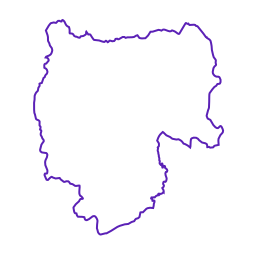 Tien Phuoc, Quàng Nam, Vietnam, rotated 183°
{"feature_id": "81297802B51785257245499", "entity_name": "Tien Phuoc", "entity_type": "district", "adm_level": 2, "iso_a3": "VNM", "parent_name": "Vietnam", "parent_adm1": "Quàng Nam", "projection": "equal_earth", "projection_center": [108.26, 15.491], "detail": "fine", "context": "isolated", "style": "outline", "palette": "violet", "viewbox_px": 256, "rotation_deg": 183, "n_neighbors": 0, "source": "geoboundaries", "source_scale": "gbopen_adm2", "svg_char_len": 5758}
<svg xmlns="http://www.w3.org/2000/svg" viewBox="0 0 256 256"><g transform="rotate(183 128 128)"><path d="M215.1,221.1L213.2,216.5L212.7,214.6L212.5,211.5L212.3,210.6L211.0,208.4L210.3,206.3L208.3,203.8L207.8,202.2L207.7,201.3L208.1,199.5L208.5,198.4L209.1,197.4L210.5,196.3L213.5,194.9L213.9,194.1L212.7,194.0L211.7,193.4L211.0,192.4L210.8,191.8L210.8,191.1L213.0,188.1L214.1,187.8L214.6,187.4L214.9,186.5L214.7,183.8L212.8,182.8L212.0,181.8L211.4,180.1L211.5,179.1L211.9,177.9L212.9,176.9L213.6,175.5L213.8,174.5L215.0,173.5L215.1,173.2L216.2,169.3L216.5,168.4L218.1,168.0L218.7,167.6L218.5,165.9L218.5,165.4L219.6,163.5L219.9,161.0L220.1,160.3L221.5,158.7L222.1,157.6L222.8,155.7L222.9,155.0L222.8,151.5L223.1,148.3L222.7,141.2L222.3,138.2L221.6,136.6L220.4,132.4L219.7,131.7L217.7,131.0L216.8,130.2L216.6,129.7L216.5,126.2L216.4,125.8L215.5,124.8L215.4,124.3L215.4,123.2L215.8,122.1L215.7,121.9L215.5,121.6L214.6,121.1L214.4,120.4L214.9,117.7L214.8,116.6L214.4,115.8L213.8,115.1L212.9,113.0L211.9,112.0L211.5,111.1L211.5,110.2L213.0,107.9L213.6,106.8L214.6,101.9L214.5,100.8L214.0,99.9L212.7,99.1L208.3,98.7L207.6,98.1L207.1,96.9L207.5,94.4L208.7,91.5L209.0,89.6L208.6,86.6L206.3,81.6L206.2,79.9L206.4,78.7L206.7,78.3L208.5,78.1L208.7,77.8L208.9,77.0L208.8,76.4L207.4,73.5L206.6,72.1L206.3,72.0L205.3,71.9L205.0,72.2L203.4,74.0L202.0,75.2L201.5,75.2L200.1,74.5L197.6,73.8L193.7,74.5L193.5,74.4L192.7,73.3L192.2,72.9L189.3,70.9L188.4,70.9L186.7,71.6L184.8,71.6L184.0,71.0L182.8,69.4L180.4,69.0L177.9,67.5L176.9,67.4L173.8,68.0L173.4,67.9L173.2,66.6L173.3,62.4L173.2,60.3L172.9,59.2L172.3,58.0L171.0,57.2L170.4,56.6L169.6,55.7L169.4,55.2L169.6,54.9L171.7,54.6L172.2,54.1L173.1,52.2L176.2,49.1L178.2,46.0L178.3,45.6L178.2,45.1L177.5,42.1L177.0,40.8L176.5,40.2L175.0,40.0L174.4,38.1L173.5,36.9L173.0,36.8L169.3,36.9L167.1,36.7L166.9,36.6L166.4,35.0L166.0,34.3L165.0,33.8L164.1,33.9L162.0,35.1L158.7,37.9L157.3,38.3L156.2,38.0L155.7,37.6L154.5,36.0L153.7,34.3L153.6,33.2L153.8,30.1L153.8,26.3L153.7,25.9L153.3,25.0L152.5,22.4L151.6,21.1L150.4,20.3L149.7,20.2L145.2,21.6L143.9,21.7L139.5,24.4L133.4,28.7L131.0,29.9L126.3,31.6L122.7,32.2L119.5,34.3L116.9,35.3L116.1,36.8L115.6,37.4L115.1,37.8L113.3,38.4L111.9,39.7L111.2,44.3L110.7,44.5L108.7,44.6L105.5,48.2L104.4,48.9L101.9,49.5L98.7,49.4L98.3,51.6L98.2,53.8L97.7,55.4L97.7,56.5L97.9,56.8L98.2,56.9L99.4,56.5L99.8,56.6L99.9,57.8L100.2,58.3L101.2,58.8L101.1,59.5L100.9,59.9L100.4,60.0L99.3,59.9L98.6,60.2L97.7,60.1L96.5,61.5L95.3,62.2L94.6,62.3L94.4,63.5L93.9,64.0L93.3,64.0L93.0,63.2L92.3,63.9L91.2,64.1L90.2,64.7L89.4,65.8L89.0,65.5L89.0,66.4L89.3,67.8L90.5,69.6L90.6,69.9L89.9,70.5L89.4,71.2L89.1,72.1L89.2,72.7L89.9,73.7L90.0,74.1L90.0,74.9L89.6,76.1L88.9,76.4L88.1,76.2L87.8,76.2L87.5,76.5L87.1,77.2L86.8,78.7L86.8,79.9L88.0,82.9L88.3,84.8L87.9,86.0L87.0,86.2L86.7,86.7L86.5,87.6L87.0,88.7L88.9,90.2L89.0,91.5L89.4,92.0L90.2,92.0L90.7,91.3L91.2,90.3L91.5,90.3L91.9,91.3L91.6,93.2L91.7,93.8L92.1,94.3L92.4,94.2L93.1,92.8L93.3,92.8L94.5,94.1L94.6,95.1L94.5,96.6L95.1,97.5L95.1,99.2L95.8,101.5L95.8,102.3L96.4,104.2L96.5,105.3L97.0,106.4L97.2,107.3L97.1,108.1L96.9,108.9L97.0,109.4L97.3,110.0L97.1,110.5L96.6,110.9L96.3,111.4L96.2,112.6L96.3,114.0L96.6,114.7L98.2,116.9L97.3,119.8L96.5,121.6L95.5,123.2L93.1,125.8L92.5,125.5L89.3,122.7L85.5,121.2L83.2,119.6L79.1,119.0L77.0,119.4L75.8,118.9L74.0,117.9L72.9,116.8L71.7,115.3L70.4,115.0L68.6,114.2L67.1,113.4L64.9,111.8L64.7,112.8L64.7,118.2L64.5,120.1L64.3,120.5L63.8,121.0L61.9,121.8L59.4,121.8L57.6,120.9L56.3,119.5L53.3,117.4L50.0,116.8L48.6,116.1L48.4,115.8L48.1,115.0L47.8,113.0L47.7,113.0L46.5,113.3L46.1,113.4L44.9,112.7L42.1,113.1L41.8,113.3L40.9,114.6L40.3,114.9L36.6,115.9L37.1,120.1L37.0,122.0L35.4,125.7L33.6,127.9L33.1,128.7L32.9,130.4L33.4,131.8L34.5,133.9L35.3,134.7L35.6,134.8L36.2,134.6L37.6,133.1L38.2,132.6L39.2,132.6L40.7,133.3L42.9,135.4L46.2,140.4L48.9,141.6L49.9,143.6L50.1,144.5L49.0,149.8L48.4,151.6L48.2,152.7L48.3,158.7L48.5,164.0L48.5,166.0L48.3,167.1L45.8,171.0L43.9,173.5L42.1,174.8L41.0,176.6L39.2,176.9L38.5,177.3L38.0,178.7L38.1,181.0L39.1,183.1L39.5,183.6L40.6,184.0L42.1,183.9L43.2,184.2L44.3,184.8L45.3,185.8L46.0,186.9L46.2,187.7L46.3,188.6L45.8,192.2L44.9,193.9L43.6,195.2L43.5,195.5L43.4,195.9L43.9,197.8L43.8,199.9L44.1,200.8L46.1,203.2L46.9,205.4L48.3,210.3L48.8,214.2L49.5,217.2L50.1,219.2L50.4,219.7L51.4,220.7L53.9,222.1L54.2,222.8L54.9,222.8L57.7,226.3L63.7,233.0L64.1,233.3L65.2,233.4L65.8,233.8L66.1,234.3L67.4,234.6L71.9,234.1L72.4,234.4L73.2,235.4L73.9,235.1L74.8,235.4L75.4,235.8L75.7,235.8L76.1,235.4L77.4,233.0L81.6,225.0L82.1,224.6L83.2,224.9L85.5,226.4L86.6,227.0L88.8,227.7L89.3,227.7L90.1,227.0L91.2,226.7L92.9,227.0L96.1,228.0L97.3,228.2L97.9,228.1L98.5,227.9L99.7,227.0L101.0,227.4L102.7,227.6L108.4,225.5L110.6,225.3L112.8,221.4L115.3,218.6L118.7,218.2L120.2,218.3L121.4,218.6L123.4,221.1L124.6,220.7L126.8,219.2L129.0,218.8L133.3,218.5L135.1,217.9L136.4,218.7L138.1,218.6L141.8,216.2L142.6,216.1L143.5,216.6L145.1,216.3L145.3,215.6L146.3,214.2L148.2,213.8L150.3,214.3L150.8,214.3L151.3,213.9L152.2,212.9L152.7,212.6L154.3,213.9L154.8,213.9L155.9,212.8L156.4,212.7L158.2,213.0L161.4,213.9L166.5,214.2L167.1,214.7L168.6,216.6L170.5,219.3L171.5,219.5L172.5,219.3L174.7,222.0L174.8,221.8L174.8,219.8L175.1,219.2L176.4,218.2L177.6,217.5L179.9,217.1L180.9,215.7L181.3,215.6L182.5,215.8L184.2,216.5L185.1,216.5L186.3,217.0L186.7,217.3L187.6,218.7L188.6,219.3L191.1,219.5L191.3,220.0L191.4,222.5L191.6,223.8L192.2,225.7L193.8,226.4L194.8,227.2L195.5,228.1L197.1,231.0L198.2,232.0L198.9,232.4L199.4,232.2L200.0,230.9L200.8,230.9L201.9,231.4L203.4,231.3L203.9,230.9L205.2,229.3L205.5,229.2L207.7,229.5L210.4,228.7L210.9,228.3L212.4,226.2L215.1,221.1Z" fill="none" stroke="#5b21b6" stroke-width="2"/></g></svg>